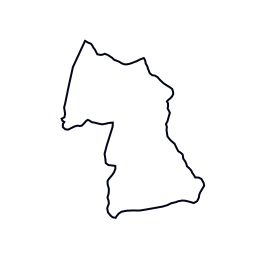 Nova Palmeira, Paraíba, Brazil (Albers equal-area conic projection), rotated 242°
{"feature_id": "56859067B19664116937199", "entity_name": "Nova Palmeira", "entity_type": "district", "adm_level": 2, "iso_a3": "BRA", "parent_name": "Brazil", "parent_adm1": "Paraíba", "projection": "albers", "projection_center": [-36.429, -6.675], "detail": "fine", "context": "isolated", "style": "outline", "palette": "ink", "viewbox_px": 256, "rotation_deg": 242, "n_neighbors": 0, "source": "geoboundaries", "source_scale": "gbopen_adm2", "svg_char_len": 1881}
<svg xmlns="http://www.w3.org/2000/svg" viewBox="0 0 256 256"><g transform="rotate(242 128 128)"><path d="M57.1,83.1L55.5,88.2L52.7,94.0L49.7,99.4L47.9,104.6L42.4,121.6L41.4,126.6L41.3,130.6L40.0,135.7L39.8,137.7L38.6,141.6L37.0,144.3L33.9,147.8L30.9,150.8L30.9,154.6L33.1,157.7L35.4,159.4L37.1,161.3L41.3,168.2L44.1,169.0L48.5,168.9L51.0,167.2L52.8,164.1L55.3,164.1L58.1,163.7L60.6,163.9L63.8,163.2L66.4,162.1L69.1,162.7L71.9,162.8L75.0,162.4L78.8,163.8L81.3,163.0L83.9,161.5L86.7,161.5L89.3,161.6L92.4,161.7L95.0,160.6L98.0,159.6L102.0,158.9L105.5,160.1L108.4,161.2L110.6,162.8L113.7,163.4L115.3,165.9L117.5,168.0L119.9,170.3L121.8,172.1L124.3,172.2L126.8,172.2L128.3,173.6L131.1,174.9L133.2,174.8L133.9,176.9L134.3,179.1L135.2,181.7L136.8,183.9L139.1,184.9L141.8,185.3L144.5,184.0L148.2,181.8L150.8,180.4L152.7,179.7L155.4,178.8L159.2,177.9L161.7,176.3L163.3,174.1L166.3,172.9L168.9,173.3L171.0,173.4L173.3,174.0L176.5,173.9L179.7,174.9L182.4,174.8L182.9,170.5L182.9,167.1L183.6,161.5L184.1,158.9L184.8,156.7L185.9,154.8L187.8,153.0L190.6,151.3L192.9,149.5L194.4,147.9L197.5,146.9L201.6,144.7L204.4,142.4L204.7,140.1L205.4,138.1L207.5,135.5L212.6,135.6L215.0,135.2L217.4,135.2L219.7,134.9L221.9,133.0L225.1,131.0L207.6,107.9L192.9,95.4L178.9,83.8L176.1,81.2L173.1,80.2L170.2,79.2L167.3,76.9L167.3,73.7L165.2,73.5L163.2,74.6L162.1,72.4L159.4,70.9L156.3,72.0L154.6,74.6L154.6,78.2L154.4,81.9L153.7,84.7L152.3,86.4L151.8,88.5L152.7,91.4L153.8,94.1L154.1,96.2L152.5,97.6L150.2,98.7L148.2,101.3L145.8,103.9L143.3,107.0L142.2,110.5L141.3,113.8L139.9,117.1L136.3,115.0L122.4,100.9L116.2,95.2L111.6,93.6L107.5,91.9L104.5,93.3L100.5,99.0L97.9,97.7L95.5,94.9L93.9,91.9L91.7,86.4L90.5,84.9L87.9,83.6L83.1,82.5L79.3,80.2L76.2,77.2L72.9,76.7L70.4,75.7L67.0,72.0L62.8,70.7L58.5,71.6L56.3,72.6L54.5,74.9L55.5,76.6L56.8,79.6L57.1,83.1Z" fill="none" stroke="#020617" stroke-width="2"/></g></svg>